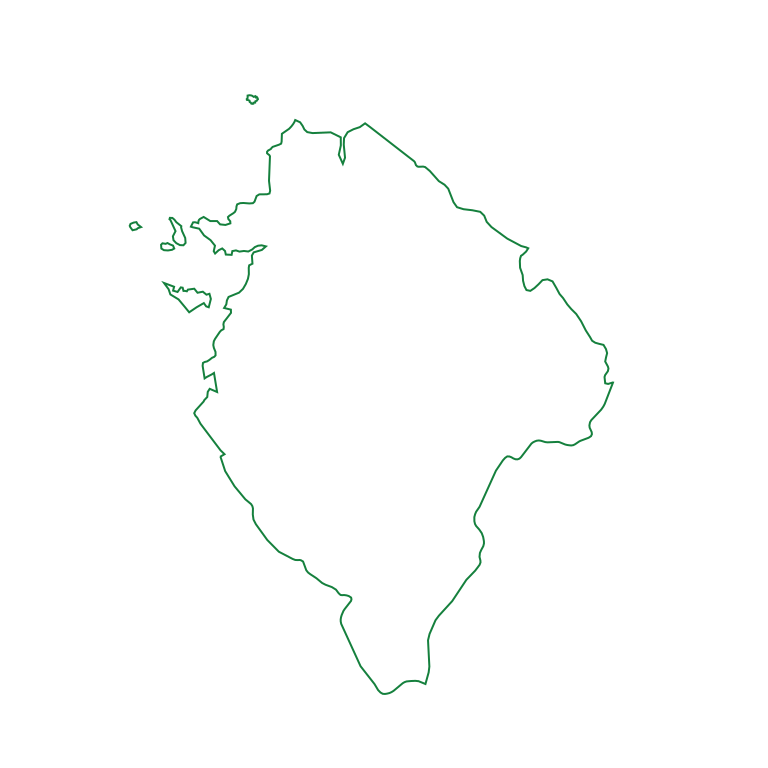 P'yŏngan-bukto, orthographic projection, rotated 81°
{"feature_id": "PRK-3312", "entity_name": "P'yŏngan-bukto", "entity_type": "Province", "adm_level": 1, "iso_a3": "PRK", "parent_name": "North Korea", "parent_adm1": "", "projection": "orthographic", "projection_center": [125.079, 40.04], "detail": "fine", "context": "isolated", "style": "outline", "palette": "green", "viewbox_px": 768, "rotation_deg": 81, "n_neighbors": 0, "source": "natural_earth", "source_scale": "10m", "svg_char_len": 5443}
<svg xmlns="http://www.w3.org/2000/svg" viewBox="0 0 768 768"><g transform="rotate(81 384 384)"><path d="M417.9,165.4L419.0,162.6L418.3,157.9L418.4,157.6L438.2,169.1L440.6,170.9L443.3,173.5L452.1,184.9L454.0,186.5L457.0,187.6L459.4,187.7L464.0,186.4L466.1,186.5L467.9,187.7L469.1,190.3L470.8,198.6L471.2,200.0L473.4,204.7L474.0,206.6L474.0,208.7L473.5,210.6L472.9,212.6L472.1,214.5L468.9,219.8L468.6,220.7L468.4,221.2L467.2,231.6L466.6,233.8L464.6,237.9L464.0,239.9L463.9,242.0L464.3,244.0L464.9,245.9L465.9,247.7L477.7,260.1L478.9,261.9L479.3,263.9L478.9,265.9L477.8,267.8L476.3,269.6L475.2,271.5L474.8,273.6L475.9,275.9L478.0,278.5L487.1,287.0L520.2,308.8L524.6,313.0L526.9,314.4L529.6,315.6L533.7,316.2L536.5,316.0L538.7,315.2L542.6,312.7L546.6,310.8L550.6,310.0L554.8,309.9L557.1,310.2L559.7,311.3L563.1,313.9L565.9,315.7L569.7,316.7L573.4,316.4L575.3,316.6L577.6,317.9L582.6,323.1L590.3,333.3L609.1,350.6L621.4,366.0L625.4,370.1L638.0,378.1L644.0,380.6L670.2,383.4L675.8,385.0L686.8,390.0L682.9,396.4L682.8,396.9L682.1,399.4L681.6,403.7L681.3,408.2L681.7,410.4L682.5,412.4L688.6,422.6L689.5,424.8L690.1,427.0L690.3,429.3L690.3,431.5L689.8,433.7L688.2,435.7L685.4,437.7L678.9,440.3L659.1,451.3L614.2,463.8L611.8,463.9L609.7,463.6L607.6,462.9L605.7,462.0L601.7,459.5L600.0,457.9L593.1,450.5L591.5,449.8L589.8,449.9L587.9,452.0L586.9,454.1L586.2,456.4L586.0,458.4L585.6,459.8L584.9,460.5L583.4,461.6L579.6,463.6L576.4,467.3L573.1,473.2L570.8,476.3L565.3,481.1L560.2,486.7L558.3,488.5L555.8,489.9L546.7,491.7L545.1,493.6L544.6,494.9L544.5,496.1L544.4,497.0L543.9,499.2L542.5,501.6L533.2,514.1L519.8,523.7L502.4,532.5L497.5,534.1L492.4,534.0L486.4,532.9L484.1,533.1L481.9,534.0L476.2,539.0L461.7,547.6L445.2,554.5L430.2,556.9L430.3,557.3L428.4,552.5L424.0,555.8L394.5,571.5L388.2,573.7L385.7,575.3L383.1,576.0L380.6,574.2L373.1,564.9L371.8,564.0L369.2,560.6L364.2,559.3L361.5,556.9L365.8,550.1L346.5,550.2L347.5,552.4L349.4,558.1L350.4,560.3L337.7,560.3L334.9,559.5L334.2,557.7L334.0,555.2L332.9,552.7L331.2,549.7L330.6,547.4L329.4,545.9L326.0,545.4L321.6,546.4L318.8,546.5L315.2,545.4L313.0,543.8L306.8,538.0L305.5,536.3L304.7,533.9L302.6,533.3L300.0,533.3L297.8,532.5L289.8,524.0L286.6,523.6L283.9,530.0L280.7,527.3L276.9,526.1L273.7,523.9L271.1,512.9L268.0,508.4L263.6,504.8L258.8,501.9L254.4,500.3L248.0,499.4L245.7,498.6L244.6,495.1L236.5,494.4L233.6,492.1L232.5,483.7L229.6,479.1L227.9,483.1L227.7,486.8L228.6,490.2L230.5,493.1L231.9,497.3L230.7,501.5L230.6,506.1L228.9,509.3L229.0,513.0L232.6,514.3L231.4,520.0L227.8,520.2L224.8,522.6L226.0,526.4L228.7,530.4L226.2,531.4L220.9,529.3L214.8,532.8L209.1,538.5L201.7,542.2L199.2,548.6L198.4,550.1L194.5,547.3L194.6,545.8L194.9,544.7L196.1,542.3L194.0,541.7L193.0,541.1L192.2,540.0L190.8,536.0L195.9,530.1L197.0,523.3L200.7,520.9L202.1,515.7L201.3,510.6L199.2,510.4L196.8,511.9L194.7,512.0L193.6,510.4L191.7,506.0L190.6,504.2L188.0,502.5L185.5,501.9L183.6,500.9L182.9,497.8L183.2,494.6L184.6,488.8L184.9,485.2L183.7,483.4L178.4,480.4L177.2,477.5L178.3,469.9L177.9,467.3L175.3,466.2L165.4,465.8L141.2,461.0L139.9,461.5L138.9,462.5L137.8,463.4L136.4,463.2L135.3,462.0L134.2,459.0L133.5,458.4L132.4,456.9L131.2,450.2L130.5,448.0L128.6,447.2L120.9,445.7L117.1,437.8L115.1,435.2L113.1,433.1L111.2,431.5L109.4,430.4L112.4,425.9L116.3,424.0L120.2,422.8L123.2,420.4L125.0,415.3L127.1,397.3L133.6,388.1L141.6,389.3L150.5,392.8L160.1,390.2L154.4,387.1L141.3,386.3L134.9,385.0L129.6,380.5L127.6,374.3L126.5,367.7L123.6,361.9L128.1,357.5L168.7,319.4L169.8,318.8L172.8,318.2L174.4,317.0L174.9,315.6L175.4,311.3L176.2,309.4L180.8,305.4L192.2,298.1L196.7,293.0L201.1,290.0L215.3,286.9L220.8,284.2L223.8,278.1L226.2,269.6L229.0,262.0L233.4,258.7L239.9,257.2L245.8,253.3L259.7,239.5L269.2,226.9L271.2,222.4L272.5,220.3L275.4,222.9L278.0,226.8L278.8,228.6L281.1,229.8L283.7,230.6L290.5,231.4L298.1,230.0L303.8,230.5L309.3,230.0L313.5,228.6L314.9,224.9L312.8,220.4L309.7,215.8L306.2,211.2L306.2,206.1L309.0,201.5L316.0,198.8L322.6,196.5L327.1,193.7L334.1,190.5L339.3,187.3L344.9,183.2L352.9,179.5L362.7,176.3L370.0,173.1L373.8,171.7L376.3,168.9L378.0,165.2L379.7,161.1L384.2,159.3L388.4,158.8L392.6,160.6L396.4,162.0L401.8,160.1L403.9,159.9L406.4,160.9L409.8,164.2L411.6,165.1L417.9,165.4ZM280.8,545.1L279.5,547.5L275.9,549.3L278.9,557.1L282.7,565.2L276.5,568.8L268.3,573.7L262.1,581.0L256.7,581.9L249.8,585.5L255.1,576.1L258.8,577.7L260.8,573.5L256.8,569.6L257.4,567.8L260.7,567.5L260.9,566.0L261.6,564.2L260.1,562.9L260.2,556.5L264.7,553.9L264.5,548.5L268.0,545.4L267.6,542.3L272.9,541.7L280.8,545.1ZM212.4,567.1L209.1,569.4L205.1,569.4L200.4,566.0L188.6,569.3L187.7,570.1L186.4,569.5L186.9,567.0L188.9,565.3L191.7,563.8L196.4,559.5L197.6,559.9L201.5,559.5L208.7,557.5L213.6,557.9L215.6,560.4L214.9,563.8L212.4,567.1ZM212.6,573.6L214.3,570.7L217.4,570.0L218.3,572.4L218.3,576.5L217.4,580.4L215.4,582.7L211.6,582.4L210.4,580.8L211.4,577.7L210.9,575.8L212.6,573.6ZM78.7,469.1L80.0,467.8L79.6,466.3L80.3,466.2L81.1,465.6L80.5,464.8L81.2,464.4L82.3,464.0L83.1,464.0L83.6,464.8L84.3,465.3L84.7,466.9L85.9,467.2L85.8,468.2L85.8,469.0L86.7,469.2L86.7,470.2L86.3,471.2L85.3,471.5L84.5,472.5L83.1,472.5L82.3,473.8L81.9,475.0L81.1,475.0L80.5,474.1L79.1,473.8L77.8,473.6L77.8,473.4L77.7,472.0L78.1,470.3L78.7,469.1ZM186.2,609.3L185.4,606.0L185.4,603.2L187.9,602.3L191.0,599.4L191.5,602.3L191.7,603.0L192.5,604.1L192.8,608.3L189.3,610.1L188.0,610.4L186.2,609.3Z" fill="none" stroke="#15803d" stroke-width="2"/></g></svg>